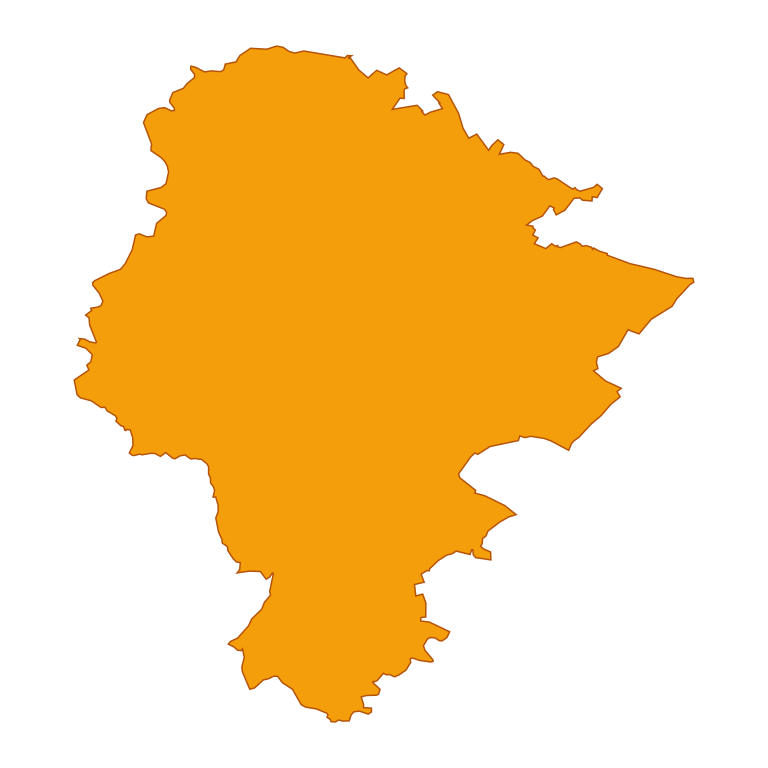 Naas Lea-7, Kildare, Ireland
{"feature_id": "5873133B14255448334282", "entity_name": "Naas Lea-7", "entity_type": "district", "adm_level": 2, "iso_a3": "IRL", "parent_name": "Ireland", "parent_adm1": "Kildare", "projection": "robinson", "projection_center": [-6.602, 53.206], "detail": "fine", "context": "isolated", "style": "filled", "palette": "amber", "viewbox_px": 768, "rotation_deg": 0, "n_neighbors": 0, "source": "geoboundaries", "source_scale": "gbopen_adm2", "svg_char_len": 4753}
<svg xmlns="http://www.w3.org/2000/svg" viewBox="0 0 768 768"><path d="M109.6,273.3L94.5,280.8L92.6,282.7L93.0,285.5L99.1,293.0L102.9,301.1L101.0,305.6L97.8,307.1L90.7,308.3L91.7,310.5L85.6,315.1L89.0,317.8L89.7,325.2L96.5,342.3L95.4,342.9L89.6,341.8L84.6,339.1L79.6,338.6L80.3,339.2L77.3,345.3L85.8,348.2L92.3,354.6L90.8,361.8L86.8,365.2L88.9,370.0L74.2,380.0L77.1,394.7L80.5,397.9L91.3,400.8L101.1,407.5L104.9,407.3L107.3,411.0L115.6,415.9L116.9,418.7L115.9,421.1L121.1,425.9L123.6,426.5L124.8,430.2L126.0,430.5L126.3,429.4L130.3,430.0L132.7,437.7L133.0,445.5L129.3,453.0L131.9,455.1L133.7,455.6L139.9,454.1L141.9,454.8L150.9,453.3L155.0,453.5L160.4,456.4L165.8,452.6L172.5,458.1L174.9,458.8L180.2,455.8L185.2,455.0L190.8,459.0L194.6,458.5L201.6,459.4L206.8,463.7L208.6,466.6L208.6,474.2L210.4,477.8L210.6,482.9L213.6,487.1L214.6,490.7L213.0,497.1L215.7,497.0L218.1,505.1L218.2,511.6L215.8,518.0L218.6,532.2L221.9,539.3L222.3,543.1L227.4,546.5L227.9,550.7L233.3,558.9L236.4,561.9L240.3,562.6L239.7,569.6L237.1,572.9L249.5,571.1L260.3,571.5L266.2,579.2L269.7,576.9L272.4,573.0L273.4,573.6L269.7,591.4L270.5,595.1L264.4,602.4L261.7,609.2L251.7,619.0L248.5,625.9L237.5,638.2L230.4,641.5L228.3,644.1L233.9,646.9L237.4,650.1L241.1,650.7L242.5,648.9L244.3,657.3L241.9,666.8L242.3,671.6L249.8,689.3L254.6,687.9L263.4,679.9L268.6,678.7L273.7,676.2L277.6,676.3L282.4,682.7L292.4,689.2L301.3,704.8L305.9,707.2L316.3,708.9L326.8,713.2L327.9,714.7L327.0,717.3L330.2,719.4L331.1,721.7L335.6,721.9L338.5,720.0L342.8,721.1L349.3,720.8L351.1,715.0L353.7,711.9L359.3,711.1L368.3,714.1L371.5,711.9L371.4,708.1L363.4,707.7L363.7,704.9L361.2,696.9L366.3,695.5L376.3,695.2L378.6,694.2L380.0,689.3L372.6,682.4L373.3,681.3L374.8,681.7L377.3,680.5L383.4,673.3L386.4,674.8L389.5,674.5L394.6,676.8L399.0,674.9L406.0,670.1L410.8,662.1L410.0,659.2L412.0,657.9L419.9,660.5L430.8,662.0L433.1,661.4L432.9,659.8L425.1,650.5L423.4,645.7L427.6,638.8L430.6,637.5L435.1,637.9L439.2,640.6L442.1,640.9L446.8,637.7L449.7,631.8L429.4,622.1L420.6,621.0L421.0,617.5L425.7,617.0L425.9,603.2L422.7,594.1L415.8,596.0L414.5,584.5L424.2,582.2L421.1,574.1L426.8,570.6L429.3,570.8L429.6,568.8L438.2,560.6L446.7,555.1L452.5,553.6L456.2,551.1L470.0,554.5L471.6,549.8L472.8,549.8L473.3,554.8L475.6,557.6L490.9,559.9L490.6,552.0L483.3,548.8L480.6,546.1L482.2,543.6L482.6,538.5L486.0,535.9L488.0,531.0L499.7,522.1L508.5,517.0L516.1,514.6L504.8,505.6L485.1,495.9L474.8,493.0L475.7,490.4L459.9,477.9L458.6,473.8L470.8,456.8L474.9,453.0L477.8,454.3L490.1,446.5L518.4,440.5L519.7,436.0L525.0,437.6L530.6,436.3L543.8,438.3L550.8,440.8L568.7,450.3L571.5,443.6L574.0,440.8L578.8,437.4L590.9,424.3L601.2,415.5L610.7,404.5L620.2,396.8L617.0,391.6L621.2,388.3L605.5,381.0L593.5,370.8L597.9,368.6L596.4,362.4L597.5,356.9L608.5,353.5L618.4,346.5L628.0,329.8L639.0,333.9L651.3,319.2L672.1,306.3L676.8,298.7L684.9,290.1L689.9,284.5L693.8,282.2L692.8,278.3L685.8,278.4L676.4,276.7L654.1,269.3L629.8,263.6L607.1,255.2L607.3,253.6L599.0,251.0L593.7,248.0L592.8,249.4L591.3,247.1L586.1,245.7L581.9,246.2L580.2,243.9L576.3,241.9L560.9,247.5L557.6,246.9L557.7,245.6L555.2,246.2L551.7,243.7L545.8,248.6L534.3,243.7L538.1,237.9L532.7,235.1L535.4,230.0L533.2,228.2L532.9,226.2L526.5,225.0L532.4,220.6L542.4,216.0L549.8,205.9L554.1,207.9L553.4,209.3L556.2,214.9L564.9,210.2L574.0,198.3L579.9,197.9L582.5,200.2L592.0,201.0L592.3,196.7L597.1,197.6L602.4,188.6L597.1,184.3L593.7,187.3L580.2,191.2L576.6,189.7L574.9,187.6L572.9,189.1L571.4,188.4L557.0,178.8L553.9,177.9L548.4,179.7L543.9,176.0L542.9,176.2L539.0,169.3L533.1,166.3L530.2,162.5L525.1,160.0L518.1,153.3L510.6,152.3L499.3,154.3L503.8,144.6L497.9,139.8L491.8,145.6L488.6,150.3L476.8,134.1L468.7,138.2L462.9,127.9L458.6,113.4L448.5,94.6L437.5,91.7L432.7,95.2L439.9,102.8L438.9,103.1L442.5,108.6L430.4,112.2L424.9,115.1L421.7,111.4L422.7,110.9L417.1,105.3L392.3,109.4L400.0,98.1L404.2,98.5L404.1,90.3L404.9,88.8L407.7,87.8L405.9,85.7L404.7,80.8L405.0,76.2L406.9,73.6L399.2,67.9L386.7,74.9L376.7,70.3L368.1,77.9L358.7,69.9L350.4,58.0L349.0,58.5L348.5,57.6L351.5,55.8L347.4,55.5L345.0,57.9L303.8,51.0L294.7,53.1L289.0,51.4L283.0,47.3L276.7,46.1L266.8,49.2L250.6,48.3L239.8,55.6L236.0,61.9L225.3,64.1L223.7,69.9L220.6,71.6L211.4,70.9L204.6,71.9L195.2,67.1L190.9,66.2L190.6,69.1L194.6,74.5L194.3,77.7L187.1,83.5L183.4,88.3L172.8,92.6L169.7,100.0L169.8,102.3L174.3,108.2L174.4,110.5L171.5,110.9L164.6,107.6L158.5,108.5L147.1,114.6L143.5,122.6L151.5,143.7L150.9,150.6L161.1,157.6L164.7,161.3L167.2,165.8L168.6,172.0L166.0,183.7L161.1,187.5L146.9,191.2L146.2,198.6L148.4,202.9L164.5,209.2L166.5,212.2L166.2,215.3L156.6,223.4L153.7,236.1L146.9,236.9L139.3,233.8L135.6,234.9L132.2,249.7L125.4,263.4L120.5,269.3L109.6,273.3Z" fill="#f59e0b" stroke="#b45309" stroke-width="1.5"/></svg>